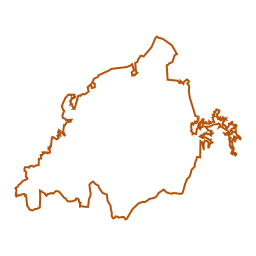 the district of Acámbaro, Guanajuato, Mexico
{"feature_id": "50627088B76042222329638", "entity_name": "Acámbaro", "entity_type": "district", "adm_level": 2, "iso_a3": "MEX", "parent_name": "Mexico", "parent_adm1": "Guanajuato", "projection": "equal_earth", "projection_center": [-100.633, 20.071], "detail": "fine", "context": "isolated", "style": "outline", "palette": "amber", "viewbox_px": 256, "rotation_deg": 0, "n_neighbors": 0, "source": "geoboundaries", "source_scale": "gbopen_adm2", "svg_char_len": 5866}
<svg xmlns="http://www.w3.org/2000/svg" viewBox="0 0 256 256"><path d="M30.2,166.0L29.1,167.7L28.0,167.1L24.8,167.4L24.5,168.8L24.5,170.9L26.0,171.7L26.3,172.5L25.8,176.4L26.3,177.2L27.1,177.5L27.4,178.9L22.6,181.1L20.9,183.2L18.6,184.9L17.8,186.6L15.8,187.7L15.4,188.5L16.3,189.2L16.4,191.2L15.7,193.9L16.2,194.1L15.9,195.8L16.4,196.5L17.5,196.2L18.2,195.2L19.8,195.3L22.2,194.3L24.3,194.0L25.6,194.8L25.1,196.0L26.2,196.2L27.1,205.5L30.0,209.9L32.7,210.4L35.0,209.0L36.8,209.0L39.8,207.4L40.2,197.7L40.0,190.6L45.1,193.7L45.4,194.8L46.4,195.8L47.6,194.1L49.6,193.8L50.3,193.1L52.5,193.6L52.8,193.1L53.6,193.3L55.7,191.1L57.9,191.2L59.8,192.4L63.7,197.3L66.4,199.2L66.7,200.2L67.9,201.4L72.2,201.3L75.9,199.9L76.0,198.6L77.6,198.5L78.9,199.8L78.9,201.4L79.3,202.3L80.7,202.7L80.4,204.0L80.0,204.0L80.0,206.6L82.2,206.2L84.3,206.8L88.1,206.8L88.9,199.5L90.5,195.5L90.6,192.2L90.1,190.5L89.4,184.9L90.6,183.2L93.1,181.5L95.4,184.0L98.2,185.5L99.6,188.7L102.6,193.0L106.9,194.6L107.5,200.5L110.6,205.9L110.9,209.5L111.8,212.9L111.7,215.9L112.7,218.0L113.5,218.4L114.6,217.9L115.6,216.4L117.8,216.8L118.5,217.6L123.6,216.9L125.6,219.4L126.3,219.2L127.8,217.1L132.5,209.1L138.5,203.4L142.3,202.0L144.8,202.1L147.5,200.6L148.8,199.2L155.0,197.6L156.7,196.1L158.8,192.9L163.7,189.5L166.5,192.3L168.6,193.2L172.0,193.7L172.9,193.1L174.4,193.1L180.8,193.9L182.1,193.4L182.8,192.3L185.2,183.7L187.3,178.8L189.5,176.7L190.8,173.0L191.5,169.9L194.8,166.4L194.7,164.0L197.2,156.9L200.1,157.5L200.5,141.1L202.5,142.6L202.7,145.2L203.7,148.7L203.5,150.1L203.9,148.6L203.5,145.1L204.8,140.5L207.5,141.3L208.5,142.6L208.2,148.3L209.2,146.4L210.1,143.4L212.4,142.6L210.6,141.2L210.4,140.6L210.8,139.6L209.1,139.6L205.3,137.2L202.8,138.1L199.9,136.5L201.1,135.4L202.2,136.2L202.3,135.4L203.2,135.6L203.2,135.1L204.1,134.9L203.7,134.0L204.2,133.5L205.4,133.8L206.3,132.7L207.6,134.3L208.6,134.0L210.9,135.3L210.8,134.8L211.5,134.1L213.4,132.9L210.6,133.1L211.5,131.0L208.0,130.4L207.6,129.3L205.2,126.7L209.7,126.7L213.5,124.5L217.1,124.2L218.7,123.5L220.3,124.7L219.0,127.2L220.5,126.3L227.6,130.7L228.7,132.4L225.8,133.6L224.3,133.4L225.1,134.4L224.4,134.8L229.2,134.6L231.7,133.1L231.9,133.8L230.8,134.0L229.2,135.2L229.3,137.4L230.0,137.4L230.8,138.1L229.9,138.8L229.0,138.3L229.4,138.9L229.0,139.6L229.8,140.5L229.7,144.7L230.1,146.1L230.7,146.5L230.7,147.6L231.2,147.6L232.8,150.1L231.8,151.6L231.3,153.4L232.6,154.3L234.7,154.3L235.4,155.4L236.4,154.2L235.4,152.9L234.3,152.7L233.1,153.2L232.4,152.6L233.8,148.9L233.2,146.9L232.4,146.4L232.3,143.0L231.5,141.3L232.5,139.9L234.1,140.8L233.3,139.1L233.9,138.8L234.0,136.5L235.2,137.2L236.0,139.3L236.8,137.4L238.0,137.4L240.2,139.1L240.6,138.1L238.4,135.7L236.9,135.1L235.8,132.7L235.8,130.9L234.7,132.0L233.1,131.9L231.2,130.4L230.5,130.9L230.4,130.2L232.2,128.6L233.8,128.2L234.7,128.7L235.3,127.9L234.9,128.0L234.4,126.8L234.8,127.0L234.7,126.1L235.1,126.0L235.0,126.6L235.6,127.0L235.5,125.6L236.2,125.2L235.1,124.6L234.5,125.0L232.6,124.5L232.0,123.5L232.4,122.4L232.0,121.1L231.4,124.2L230.9,124.2L230.4,123.2L229.2,123.7L228.6,122.9L229.2,125.0L227.4,128.0L226.3,127.8L226.1,126.8L224.4,125.0L222.9,125.3L222.9,122.5L223.2,121.7L224.1,121.2L223.6,120.3L225.0,119.5L225.9,119.6L225.5,119.2L225.9,118.4L224.3,119.1L223.5,118.7L223.7,117.9L222.8,117.3L222.5,118.3L221.3,119.0L221.5,119.9L220.7,120.4L220.1,119.8L220.1,117.8L219.1,119.0L218.2,119.1L218.3,117.3L217.2,117.3L216.7,116.1L217.4,115.2L217.1,114.1L218.3,113.3L219.3,111.7L218.9,111.0L219.2,110.5L216.4,109.4L215.3,112.0L214.2,111.9L214.5,114.1L212.9,114.6L214.2,116.1L213.2,116.2L213.2,117.4L212.5,117.7L214.1,121.9L212.7,121.7L211.0,122.9L209.3,121.3L209.3,123.8L206.7,123.5L206.5,122.4L206.1,122.1L205.2,123.3L204.6,123.4L203.0,120.7L203.5,119.9L203.3,118.3L203.0,119.4L201.8,120.0L202.9,125.0L202.5,127.0L201.7,126.9L200.9,127.5L200.4,129.2L199.8,128.8L199.9,124.4L200.6,122.2L200.6,121.8L200.2,122.0L198.7,123.9L197.6,128.5L196.8,128.8L196.1,134.0L194.1,133.4L192.6,134.2L192.6,132.5L190.9,130.9L191.7,129.6L191.2,127.6L191.3,123.8L192.2,123.0L193.3,124.5L194.5,122.7L195.1,122.9L195.1,122.0L196.3,122.9L196.7,122.7L196.2,121.5L197.6,121.3L198.2,120.1L197.8,119.0L198.6,118.7L198.5,116.8L195.4,115.9L189.8,97.7L188.8,91.5L189.2,85.9L187.3,83.5L188.8,81.9L188.6,80.8L186.9,79.5L183.9,81.9L183.3,83.8L180.7,81.2L180.9,82.8L179.4,83.0L179.3,81.6L178.5,81.6L177.5,80.7L167.6,79.7L166.7,65.2L168.1,64.8L169.3,63.3L172.3,62.2L174.8,54.9L176.9,54.1L171.8,45.2L163.1,39.1L159.9,37.9L158.9,38.0L156.7,36.6L155.2,38.5L151.8,46.6L150.8,48.0L143.7,56.4L140.7,55.7L137.9,59.9L137.6,61.7L135.2,63.0L136.0,71.7L137.4,72.8L134.6,75.2L134.5,74.5L132.2,75.5L131.7,72.3L134.0,70.3L132.1,64.2L130.5,65.5L126.8,67.0L111.4,68.9L109.5,70.3L98.4,75.3L98.2,76.8L94.0,78.7L92.2,82.6L94.7,83.6L94.8,87.3L91.6,88.0L91.1,84.2L87.6,87.2L88.7,91.5L84.8,94.4L82.9,93.9L80.5,95.8L80.1,95.3L78.1,96.2L77.6,95.3L78.0,96.5L77.2,99.3L77.4,99.7L77.0,100.1L74.5,108.9L73.9,108.9L74.2,108.7L73.7,107.6L72.8,107.3L71.7,103.8L70.8,104.2L71.2,103.5L70.2,101.7L70.8,101.2L70.6,100.4L71.6,99.4L71.3,99.0L71.8,97.9L72.9,98.1L73.6,97.6L74.0,98.0L75.2,97.0L74.0,96.0L74.5,94.8L70.8,94.6L70.9,95.4L68.4,94.6L65.2,98.2L61.9,105.7L62.9,109.5L64.2,110.7L62.3,116.0L63.0,118.0L65.5,118.9L66.0,120.2L71.5,119.7L70.5,121.8L68.7,121.8L66.5,122.6L64.9,125.3L64.1,125.1L63.1,131.5L64.9,135.2L64.5,135.5L59.0,130.0L58.0,132.5L60.0,134.0L60.3,135.7L58.3,134.9L57.4,135.7L58.7,137.7L58.5,138.0L56.9,139.3L52.5,136.9L51.8,138.4L50.9,146.4L50.0,146.4L49.9,147.7L48.5,147.5L48.5,148.4L49.5,148.0L49.4,149.0L49.0,149.0L48.9,149.5L49.7,150.2L50.0,152.5L48.5,152.7L47.9,153.3L47.3,152.4L46.6,152.8L45.3,152.4L45.3,152.9L44.7,153.0L43.8,152.4L42.6,152.4L43.0,153.8L42.4,155.0L40.7,155.0L41.3,158.5L38.9,158.8L38.6,165.2L36.1,165.3L34.2,166.6L33.1,166.6L32.0,165.7L30.2,166.0Z" fill="none" stroke="#b45309" stroke-width="2"/></svg>